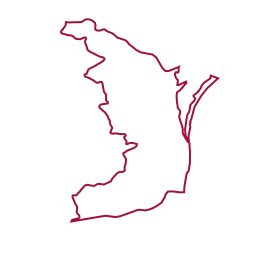 the border of Klaipedos, rotated 189°
{"feature_id": "LTU-935", "entity_name": "Klaipedos", "entity_type": "County", "adm_level": 1, "iso_a3": "LTU", "parent_name": "Lithuania", "parent_adm1": "", "projection": "robinson", "projection_center": [21.636, 55.706], "detail": "fine", "context": "isolated", "style": "outline", "palette": "rose", "viewbox_px": 256, "rotation_deg": 189, "n_neighbors": 0, "source": "natural_earth", "source_scale": "10m", "svg_char_len": 3643}
<svg xmlns="http://www.w3.org/2000/svg" viewBox="0 0 256 256"><g transform="rotate(189 128 128)"><path d="M62.5,73.3L67.0,72.5L73.8,72.4L78.6,71.5L80.3,68.7L81.2,64.6L83.2,59.7L86.2,56.5L90.3,53.2L94.7,50.6L98.3,49.3L103.6,49.1L105.4,48.7L113.2,44.4L121.8,39.7L126.1,38.1L136.5,37.8L142.6,35.8L169.3,26.8L168.9,28.3L167.4,29.2L163.2,30.8L162.4,31.5L162.0,32.6L162.3,33.5L162.9,34.4L163.8,34.9L164.9,35.9L165.6,37.1L165.7,40.2L165.9,41.8L166.3,42.9L167.7,44.2L168.3,45.0L171.7,50.6L172.2,52.1L171.9,52.7L170.9,53.1L169.7,53.2L168.7,53.5L167.9,54.2L167.1,55.8L166.4,56.8L165.8,57.4L164.5,59.9L161.7,64.3L160.7,64.9L159.5,65.5L153.7,65.4L152.1,65.7L151.2,66.3L150.0,67.4L149.0,68.0L147.8,68.3L143.3,68.4L142.0,69.0L136.4,72.8L135.6,75.8L131.6,81.6L130.4,82.7L129.3,83.4L126.6,83.8L125.1,84.6L124.6,85.6L124.7,86.4L125.0,87.3L125.2,88.3L124.7,94.3L124.8,95.7L125.2,97.1L125.8,98.0L127.9,100.3L128.4,101.1L128.7,102.3L128.2,103.0L126.5,104.0L126.1,104.8L125.6,105.3L119.4,109.0L117.8,110.3L117.0,111.2L116.7,111.9L116.6,112.7L116.8,113.6L121.8,114.0L122.8,113.7L124.3,113.2L126.6,111.8L127.2,112.0L127.4,112.7L127.3,113.7L127.4,114.6L128.8,116.1L129.7,116.9L130.2,117.6L130.4,118.2L130.0,118.8L129.4,119.5L129.1,120.2L129.6,121.2L130.5,121.4L131.9,121.2L133.3,120.9L138.9,120.8L141.7,120.1L143.6,120.0L144.5,120.4L144.8,121.0L144.5,121.8L144.3,122.6L144.3,123.5L144.0,124.2L143.6,125.1L143.7,125.9L146.0,128.8L146.4,129.6L146.7,130.3L147.2,132.4L147.8,133.3L148.7,134.3L149.2,135.0L149.5,136.0L153.0,139.7L159.3,143.6L159.8,144.9L159.5,145.7L158.8,146.6L157.9,147.2L151.8,149.1L152.0,150.6L153.8,151.6L154.1,152.4L154.9,157.4L155.6,158.4L157.3,159.8L157.8,161.0L160.3,168.3L161.5,169.3L162.7,169.2L164.8,168.0L165.9,167.8L167.0,168.2L169.5,169.6L174.2,171.3L178.1,172.0L178.8,172.5L179.1,172.9L179.2,174.1L177.4,174.9L176.5,179.0L175.6,180.3L174.0,181.6L172.0,182.8L163.2,190.1L162.0,192.1L162.4,193.3L163.7,193.8L167.5,194.2L178.7,197.8L179.8,198.6L180.5,199.5L182.0,202.9L183.8,205.8L184.0,206.7L184.0,207.4L183.3,209.8L183.8,210.6L184.9,210.7L186.3,210.1L188.4,208.6L189.2,208.2L192.3,207.9L193.5,208.0L194.6,208.5L196.8,210.0L198.1,210.5L199.4,210.5L201.9,210.2L202.9,210.3L203.9,210.7L204.9,210.8L206.0,210.9L207.0,210.8L209.0,211.6L209.2,213.3L208.7,214.1L207.8,215.2L207.3,216.6L206.0,218.8L205.8,219.8L205.8,223.0L203.6,222.9L190.8,225.3L189.2,226.4L187.9,227.8L185.7,229.0L183.0,229.2L179.8,228.4L177.2,226.8L176.1,224.4L176.1,221.9L175.7,220.2L174.3,219.5L171.2,219.7L168.1,221.4L167.1,221.8L165.9,221.4L163.0,220.0L158.9,219.3L156.6,218.2L152.6,215.6L144.4,214.3L142.3,213.1L140.3,211.1L132.0,206.4L127.2,204.7L115.2,204.4L110.9,201.9L103.6,192.8L100.0,190.2L97.0,190.5L87.3,196.3L87.5,195.6L86.9,192.2L86.9,191.0L87.7,190.4L88.6,190.7L89.4,190.6L90.1,189.1L89.9,187.9L89.1,186.1L88.1,184.6L87.3,183.9L86.4,183.2L86.0,181.7L86.1,178.3L84.9,178.2L78.0,182.9L77.4,181.8L77.4,181.4L77.7,181.3L82.3,173.8L83.3,172.7L85.1,171.0L85.1,167.4L83.7,161.4L82.3,156.9L82.1,155.8L81.6,155.3L80.5,154.4L79.4,153.2L78.9,151.7L79.0,149.9L79.2,148.7L79.2,147.6L78.9,146.1L74.5,137.6L73.6,135.0L73.3,132.2L72.6,130.7L67.7,124.6L66.5,123.7L65.5,123.2L64.8,122.2L64.2,118.5L63.2,115.6L61.4,103.0L61.4,96.4L61.6,94.8L62.7,92.7L63.0,91.3L63.1,78.5L62.5,73.3ZM54.5,192.7L46.8,191.2L55.7,180.1L60.7,171.3L65.6,159.1L66.9,146.6L67.6,144.0L67.0,143.3L67.6,141.9L66.6,138.9L67.0,129.6L66.0,125.5L69.8,128.9L71.4,135.5L71.6,148.6L71.4,150.5L70.3,153.0L70.0,154.7L70.0,160.4L68.6,162.8L66.8,165.3L66.1,167.6L68.3,169.6L68.3,170.5L66.6,172.1L64.5,174.9L62.6,178.3L61.8,181.4L60.2,184.4L54.4,189.9L54.5,192.7Z" fill="none" stroke="#9f1239" stroke-width="2"/></g></svg>